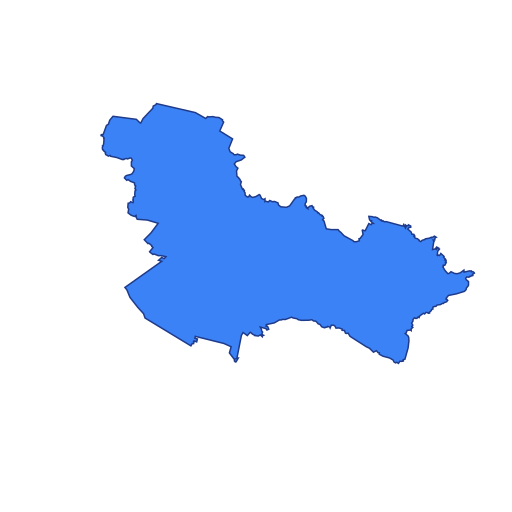 the district of Villa Corona, Jalisco, Mexico, rotated 122°
{"feature_id": "50627088B54593739216200", "entity_name": "Villa Corona", "entity_type": "district", "adm_level": 2, "iso_a3": "MEX", "parent_name": "Mexico", "parent_adm1": "Jalisco", "projection": "albers", "projection_center": [-103.727, 20.389], "detail": "fine", "context": "isolated", "style": "filled", "palette": "blue", "viewbox_px": 512, "rotation_deg": 122, "n_neighbors": 0, "source": "geoboundaries", "source_scale": "gbopen_adm2", "svg_char_len": 6064}
<svg xmlns="http://www.w3.org/2000/svg" viewBox="0 0 512 512"><g transform="rotate(122 256 256)"><path d="M275.3,105.4L272.5,103.7L273.3,101.2L272.7,100.1L274.0,99.4L273.7,95.2L271.7,88.7L271.6,84.5L272.7,82.9L272.7,81.0L271.5,80.3L271.6,78.3L269.0,78.2L268.1,76.5L267.0,75.4L266.6,75.7L266.9,76.1L265.9,76.2L264.7,75.0L263.6,75.3L253.4,78.3L246.8,81.4L244.2,83.3L243.3,84.4L242.6,88.4L241.8,87.9L239.0,88.4L236.9,85.7L237.0,84.9L235.6,85.8L233.4,85.2L233.2,86.6L231.5,86.4L230.5,88.4L228.0,88.4L226.7,89.2L224.9,89.0L224.3,88.7L224.4,87.6L223.6,86.5L221.7,86.2L221.8,85.1L220.1,85.4L215.9,83.7L215.8,82.3L213.8,82.0L213.2,80.9L213.2,79.4L212.4,78.6L211.9,79.1L209.3,78.4L208.2,78.7L207.1,77.9L206.8,78.4L205.1,78.8L203.3,76.7L201.7,76.5L199.4,73.8L197.4,72.8L196.9,71.9L195.7,71.7L193.9,70.1L192.0,69.9L191.6,71.3L191.9,71.8L191.1,72.3L187.5,71.9L181.8,65.9L175.5,60.5L173.2,60.0L171.6,60.6L168.8,60.2L167.8,60.5L165.1,62.2L164.6,65.4L163.8,66.4L162.1,66.2L161.2,64.2L159.8,63.9L159.6,63.1L158.5,62.8L157.8,61.8L157.4,61.8L156.8,62.7L154.8,61.7L154.4,62.4L154.4,63.7L155.2,64.9L154.5,65.4L155.6,67.2L159.4,71.0L157.8,72.2L162.1,73.9L164.4,76.0L165.6,78.4L166.0,82.3L168.4,83.0L169.3,84.0L168.1,88.1L166.2,91.7L165.6,91.6L164.6,92.3L163.8,91.0L160.8,91.2L160.8,92.1L159.9,91.9L158.8,92.6L159.3,93.8L158.2,93.9L157.6,96.3L156.7,96.3L155.9,100.6L158.3,100.6L158.6,101.9L159.4,102.2L159.4,102.7L155.7,104.4L153.0,104.1L153.0,104.8L152.5,105.1L152.6,106.2L155.6,106.7L152.7,106.4L152.6,107.5L155.0,107.8L157.0,109.7L150.0,112.7L149.4,112.6L148.6,114.2L147.7,112.9L145.7,113.8L144.6,113.1L144.6,115.2L147.4,116.6L147.2,117.3L149.0,118.4L151.7,121.5L152.7,121.7L154.6,123.4L156.5,123.9L156.6,125.8L156.1,126.0L155.8,128.2L156.5,130.3L155.7,132.4L154.9,131.9L154.3,133.0L154.5,133.6L154.1,133.8L154.9,135.5L153.5,137.0L152.7,141.6L151.1,141.4L149.5,140.0L148.6,140.7L148.8,143.1L149.3,142.8L150.6,144.3L150.5,145.5L151.6,144.7L151.4,144.3L153.1,144.1L151.1,147.4L152.8,147.2L157.8,163.7L159.0,165.5L158.8,167.1L159.5,167.3L159.7,168.1L159.1,168.9L159.6,169.2L159.3,173.5L159.8,175.6L160.6,176.4L161.1,178.5L162.6,181.3L164.8,179.2L165.4,178.1L164.9,176.8L165.8,176.8L166.2,173.9L166.8,174.9L168.5,175.0L168.7,177.5L176.5,176.8L177.0,177.1L177.4,179.3L177.9,179.5L181.0,176.6L185.8,177.0L186.9,177.8L187.8,176.7L188.6,176.6L190.9,178.7L192.0,180.6L191.6,181.9L192.2,192.1L191.0,196.6L190.8,198.6L190.1,200.3L193.8,206.3L195.7,210.8L190.3,216.9L189.9,218.8L188.1,218.4L187.0,219.9L187.1,221.3L186.5,221.3L186.9,223.8L186.2,225.8L186.7,226.3L186.1,227.3L186.0,230.8L184.8,233.3L184.1,233.1L184.2,234.5L183.6,235.2L185.4,236.9L186.7,237.2L187.4,237.9L188.4,237.1L188.3,239.1L187.0,239.9L187.3,241.0L186.3,241.6L185.4,242.1L183.4,242.0L180.5,243.7L179.2,245.8L179.1,247.5L181.6,250.1L183.2,250.7L184.1,252.3L185.8,253.4L186.0,253.0L187.3,253.5L195.6,254.0L198.6,256.0L201.1,261.0L200.8,263.9L199.3,265.5L199.9,269.1L201.3,271.0L201.6,273.7L203.7,274.3L204.5,277.1L205.0,277.3L202.7,278.7L204.0,279.4L204.3,281.7L202.2,284.9L202.2,285.8L205.8,287.7L208.0,289.8L208.4,291.3L207.8,293.7L209.7,293.6L210.4,294.3L210.5,295.7L210.1,297.5L208.2,298.8L207.3,300.6L206.7,300.5L205.9,302.4L206.6,302.7L204.3,306.1L203.5,307.1L200.8,307.8L200.2,309.5L199.5,310.2L199.2,311.9L198.8,312.1L198.5,314.4L194.2,317.6L191.1,317.9L190.8,320.3L189.4,323.2L186.5,322.8L182.4,319.4L178.1,317.8L177.2,319.8L178.8,322.8L179.4,325.7L180.6,326.5L181.8,328.2L181.3,329.4L181.3,333.2L179.1,336.1L169.1,337.9L169.2,353.0L159.6,354.4L158.9,356.4L158.2,356.6L158.2,360.8L159.9,364.0L160.6,366.4L162.9,369.5L163.4,370.9L166.0,371.5L166.5,383.4L179.5,421.2L180.6,421.0L183.3,422.6L185.4,421.8L199.3,424.6L204.3,424.2L204.6,424.7L203.5,429.9L213.3,451.3L218.3,452.0L222.5,451.0L224.5,452.0L233.9,450.0L235.1,451.5L236.0,451.2L235.6,449.4L236.4,447.3L237.3,447.3L237.6,446.7L241.3,444.8L243.2,444.2L243.9,444.5L244.1,444.0L245.0,444.0L246.6,443.0L247.2,442.2L246.9,441.6L247.6,440.7L247.8,438.5L248.6,438.4L249.6,437.2L249.5,434.1L248.0,433.1L248.5,432.2L246.3,426.4L245.0,420.3L244.3,419.9L244.3,419.2L243.2,418.8L242.0,417.6L241.7,416.3L239.7,414.9L239.1,413.7L240.3,411.6L242.1,411.6L245.7,409.4L246.4,405.5L248.9,404.6L251.9,404.7L253.2,405.4L256.4,408.5L257.7,409.1L259.5,409.0L260.3,405.7L259.0,405.0L259.2,402.0L258.4,397.8L260.0,396.6L260.4,395.1L261.4,395.1L262.4,394.2L263.1,394.3L263.5,393.1L264.1,392.7L264.9,393.1L268.2,391.4L269.4,390.1L271.0,391.2L271.9,391.0L273.0,390.1L273.8,390.2L274.1,389.4L275.3,388.6L276.0,388.6L276.4,391.1L278.0,391.2L279.0,392.4L282.7,390.5L283.8,388.8L287.2,387.4L287.6,383.6L287.1,381.0L286.5,379.3L285.7,379.6L285.1,379.2L286.6,378.1L287.8,376.2L283.1,367.2L280.1,356.3L292.0,357.3L301.4,359.4L302.7,354.2L302.2,354.0L302.0,352.9L302.5,349.8L303.1,349.5L303.4,347.8L308.8,348.5L309.0,347.9L309.3,344.2L308.3,343.5L307.5,339.1L305.9,336.6L304.3,332.0L306.9,332.5L307.2,335.2L311.3,336.4L310.4,333.1L352.1,350.5L353.1,347.6L357.9,340.9L362.2,329.0L364.5,320.8L367.4,317.2L366.7,263.6L364.0,263.7L363.4,262.5L362.1,262.9L361.7,263.6L360.8,263.6L360.3,260.8L357.4,261.7L358.2,264.2L356.3,264.9L347.2,236.9L346.1,229.0L352.3,227.2L355.1,219.8L354.5,219.3L356.4,218.8L356.8,217.4L356.3,216.8L352.0,217.0L352.9,218.0L331.0,226.3L327.7,226.4L328.1,221.2L323.7,220.5L324.1,217.5L323.9,214.6L323.2,214.0L323.8,214.2L322.7,211.7L320.6,210.5L321.1,207.9L319.6,208.5L319.9,208.0L319.2,207.6L319.5,209.6L317.0,210.1L316.7,211.3L315.3,212.6L314.0,214.7L312.3,209.1L313.0,207.5L311.3,206.4L309.7,208.7L310.1,210.3L309.3,210.1L308.7,210.9L303.0,205.0L297.9,202.3L296.5,200.3L295.8,200.1L294.3,197.5L289.1,193.5L288.9,191.7L287.5,188.1L287.6,186.3L286.4,183.2L282.4,177.1L280.4,174.8L280.6,172.7L279.7,171.1L279.7,169.9L280.6,167.3L280.1,165.5L281.2,162.8L280.8,160.7L280.4,159.6L279.7,159.6L278.8,158.1L277.8,158.0L277.1,155.8L277.7,155.0L274.8,155.5L273.5,153.4L273.7,151.6L274.8,150.0L273.0,147.4L272.3,144.2L273.4,143.6L272.3,141.5L274.0,139.3L273.9,138.4L272.6,137.0L274.3,133.7L274.5,114.3L274.1,111.0L275.3,105.4Z" fill="#3b82f6" stroke="#1e3a8a" stroke-width="1.5"/></g></svg>